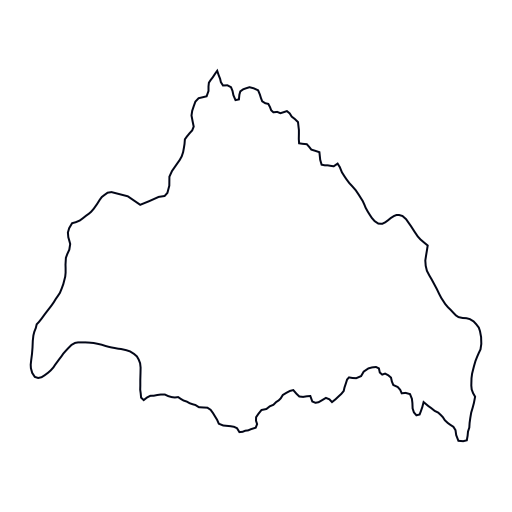 Guapé, Minas Gerais, Brazil
{"feature_id": "56859067B82067875224037", "entity_name": "Guapé", "entity_type": "district", "adm_level": 2, "iso_a3": "BRA", "parent_name": "Brazil", "parent_adm1": "Minas Gerais", "projection": "equal_earth", "projection_center": [-45.915, -20.744], "detail": "fine", "context": "isolated", "style": "outline", "palette": "ink", "viewbox_px": 512, "rotation_deg": 0, "n_neighbors": 0, "source": "geoboundaries", "source_scale": "gbopen_adm2", "svg_char_len": 4543}
<svg xmlns="http://www.w3.org/2000/svg" viewBox="0 0 512 512"><path d="M475.1,396.7L473.1,393.2L471.7,389.5L471.3,385.6L471.4,381.9L471.5,378.2L472.1,373.6L473.1,369.6L474.1,365.7L475.5,360.9L477.2,356.6L478.9,352.7L480.5,349.4L481.3,343.9L481.1,337.1L480.0,331.2L478.8,327.6L476.2,324.2L473.6,321.4L469.8,319.1L466.4,318.2L462.7,318.0L458.5,317.1L455.9,315.4L453.1,312.5L450.6,309.8L447.9,307.2L445.2,304.0L443.2,300.9L441.3,298.0L439.2,294.0L436.9,289.2L433.8,283.4L431.7,279.5L429.3,275.4L426.9,270.8L425.7,265.8L425.3,260.5L426.1,255.3L427.0,249.9L427.7,245.5L423.8,242.3L420.5,239.5L417.7,236.4L414.4,231.5L411.0,226.2L408.4,222.5L406.1,219.2L402.5,216.0L399.1,215.0L396.5,215.0L394.0,216.0L390.8,218.0L388.0,220.3L385.1,222.4L382.2,223.8L378.3,223.6L374.6,221.1L371.8,217.9L369.7,214.7L367.7,211.5L365.6,207.7L364.4,204.7L362.7,201.0L360.8,198.0L358.8,194.8L355.7,190.2L352.2,186.2L349.3,183.1L346.4,179.2L344.5,176.4L341.9,172.3L339.8,167.1L337.6,163.6L333.7,166.3L330.4,165.8L327.5,165.3L324.7,165.3L321.6,164.7L320.2,159.8L319.4,152.2L315.2,150.8L311.3,149.6L309.2,146.9L306.8,144.2L302.5,143.8L299.1,143.3L298.8,139.0L298.9,133.8L298.9,130.0L298.5,126.6L298.0,122.1L294.8,119.0L291.7,116.6L289.7,113.4L286.9,111.1L283.0,112.4L280.4,113.2L277.2,111.9L273.4,112.3L271.2,110.3L270.0,107.1L268.3,103.9L265.2,103.2L262.2,101.3L260.9,97.9L259.9,94.6L258.1,90.3L253.7,88.3L249.5,87.2L246.0,88.3L243.2,89.3L240.3,91.4L239.4,94.6L238.9,99.4L235.5,100.1L233.4,95.2L232.5,90.9L231.0,87.2L227.4,85.3L223.0,85.5L220.9,82.2L220.1,78.8L218.6,75.0L217.2,70.8L215.2,73.6L212.7,77.4L210.6,80.1L208.9,82.7L208.5,86.4L208.5,91.0L206.6,96.3L202.5,97.3L198.6,98.2L195.4,101.6L193.8,106.0L192.2,110.8L191.5,115.5L192.6,121.3L193.7,126.6L192.2,130.4L189.7,133.1L186.9,136.5L184.9,139.3L184.5,144.1L183.9,147.9L183.1,152.2L181.7,156.4L179.7,160.0L177.3,163.4L172.0,171.0L169.4,176.7L169.3,185.7L167.4,192.9L164.6,196.0L158.7,196.9L149.3,201.1L140.2,204.8L127.8,196.3L111.5,192.1L107.6,192.7L104.4,195.0L101.8,197.0L99.8,199.7L97.1,204.0L93.7,208.8L91.1,211.8L88.9,213.7L86.2,215.6L82.8,218.3L79.8,220.5L75.8,222.2L72.1,223.2L69.2,228.1L67.9,232.5L68.3,237.2L69.3,240.7L70.2,244.0L69.3,249.7L67.3,254.0L65.9,257.8L65.5,264.6L65.6,268.2L65.6,272.8L65.2,276.7L64.2,280.6L63.3,284.1L61.7,288.5L59.9,292.9L57.7,296.2L55.8,298.9L53.8,302.2L51.5,305.5L49.5,308.1L47.4,310.8L44.8,314.2L41.6,318.6L38.9,322.0L36.7,324.3L35.8,328.0L34.3,331.8L33.4,335.4L32.8,340.7L32.5,347.7L32.0,353.9L31.2,360.1L30.7,364.7L30.9,368.2L32.2,372.9L34.8,376.9L38.2,378.0L41.6,377.2L44.6,375.3L48.1,372.7L50.7,370.4L53.4,367.4L55.1,364.8L57.4,361.7L59.3,359.1L61.4,356.4L63.3,353.6L65.7,350.9L68.1,348.3L71.5,344.9L75.1,342.9L78.1,342.4L81.7,342.4L85.4,342.4L89.0,342.6L93.6,343.0L98.0,343.9L101.6,344.7L105.6,346.0L108.6,346.8L111.2,347.4L114.6,348.0L118.1,348.7L121.0,349.0L123.7,349.6L126.3,350.2L130.0,351.4L134.0,353.9L136.9,356.4L138.7,359.6L140.1,363.2L140.6,367.6L140.5,372.9L140.3,379.7L140.3,385.8L140.2,389.7L140.7,393.4L141.1,397.6L143.7,400.1L147.0,397.5L150.3,395.8L153.9,395.7L157.3,395.0L161.0,394.5L164.8,394.5L168.2,396.1L171.7,397.1L174.8,397.5L178.2,397.1L180.6,398.8L183.5,400.5L186.8,401.6L189.6,403.2L192.8,404.3L195.4,405.0L198.9,407.2L203.6,407.5L207.4,407.7L210.6,409.8L213.0,413.1L215.0,416.4L217.1,419.8L218.8,423.7L223.2,425.5L230.5,426.2L234.0,426.8L237.0,428.2L239.4,432.1L242.6,431.8L245.3,430.7L248.1,430.4L250.9,429.2L255.7,427.7L257.1,424.1L256.0,420.7L256.1,417.2L258.5,413.7L261.5,410.0L266.4,409.0L269.8,406.3L273.4,404.8L276.2,402.0L278.7,400.4L280.7,398.4L282.8,395.0L286.4,392.8L290.0,390.9L293.3,390.1L296.4,393.7L299.3,396.5L303.1,396.9L306.7,396.3L310.3,396.0L312.3,401.5L315.5,402.8L318.6,402.2L321.9,400.3L325.9,397.9L329.4,399.3L332.0,402.1L335.5,399.3L338.8,396.2L341.3,393.9L343.7,391.0L344.5,387.5L345.9,383.3L347.1,379.5L349.0,377.4L352.5,378.0L356.2,378.2L361.1,376.1L363.7,371.6L368.4,368.4L372.1,367.4L376.0,367.0L378.9,368.4L379.8,372.5L382.2,374.6L385.1,373.6L388.3,375.3L391.0,377.6L391.9,381.6L393.3,385.0L397.7,387.0L400.2,389.8L401.7,393.3L405.6,392.9L410.0,394.1L411.9,398.8L412.4,403.0L412.6,408.4L413.9,412.4L416.4,415.3L419.6,414.5L420.8,411.4L422.3,407.1L423.6,402.1L426.0,404.1L428.4,406.1L431.1,408.0L434.7,410.9L438.2,412.6L440.8,415.0L442.9,417.2L444.8,420.2L447.8,423.0L450.3,424.8L453.4,426.8L455.5,430.2L456.2,435.1L458.4,440.8L463.2,441.2L466.8,440.3L467.6,435.8L468.0,431.6L469.3,427.6L469.6,422.9L470.3,417.9L471.2,412.6L472.6,407.9L473.9,403.0L475.1,396.7Z" fill="none" stroke="#020617" stroke-width="2"/></svg>